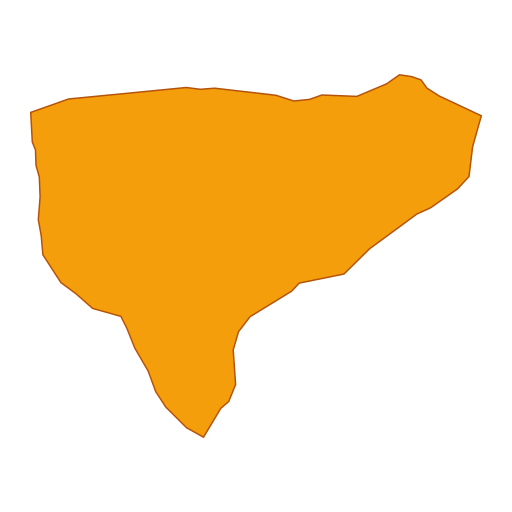 the Governorate of Al Mahwit
{"feature_id": "YEM-152", "entity_name": "Al Mahwit", "entity_type": "Governorate", "adm_level": 1, "iso_a3": "YEM", "parent_name": "Yemen", "parent_adm1": "", "projection": "orthographic", "projection_center": [43.616, 15.304], "detail": "fine", "context": "isolated", "style": "filled", "palette": "amber", "viewbox_px": 512, "rotation_deg": 0, "n_neighbors": 0, "source": "natural_earth", "source_scale": "10m", "svg_char_len": 729}
<svg xmlns="http://www.w3.org/2000/svg" viewBox="0 0 512 512"><path d="M203.5,437.2L186.6,427.8L165.8,407.1L155.7,391.6L148.2,371.1L134.8,348.1L126.9,328.3L120.9,316.4L92.6,308.4L75.9,293.7L60.9,282.6L42.9,254.8L41.2,235.6L38.3,219.7L40.1,197.0L39.3,177.0L36.0,165.3L35.5,150.0L32.3,142.0L30.7,112.4L68.5,99.0L186.3,87.5L200.4,89.3L214.7,88.2L276.0,95.3L293.8,101.0L309.5,99.4L321.9,95.0L356.8,96.4L386.5,83.9L399.5,74.8L411.7,76.6L421.1,80.0L427.0,88.2L439.0,95.9L481.3,115.8L472.6,146.8L469.0,176.5L457.6,188.8L430.7,207.7L416.9,214.0L369.5,248.8L344.0,274.0L299.2,283.1L291.6,291.2L250.0,316.7L238.5,331.7L233.2,349.9L235.6,384.5L228.7,401.5L220.8,408.3L203.5,437.2Z" fill="#f59e0b" stroke="#b45309" stroke-width="1.5"/></svg>